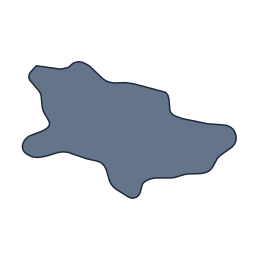 SVG path tracing the border of Al Bahah, rotated 265°
{"feature_id": "SAU-885", "entity_name": "Al Bahah", "entity_type": "Region", "adm_level": 1, "iso_a3": "SAU", "parent_name": "Saudi Arabia", "parent_adm1": "", "projection": "equal_earth", "projection_center": [41.371, 20.064], "detail": "fine", "context": "isolated", "style": "filled", "palette": "slate", "viewbox_px": 256, "rotation_deg": 265, "n_neighbors": 0, "source": "natural_earth", "source_scale": "10m", "svg_char_len": 1395}
<svg xmlns="http://www.w3.org/2000/svg" viewBox="0 0 256 256"><g transform="rotate(265 128 128)"><path d="M198.0,42.1L192.6,65.6L192.9,69.6L193.7,74.2L196.5,77.8L197.9,80.6L198.3,84.1L197.6,87.9L194.9,92.6L192.6,95.5L179.1,107.4L176.7,110.4L174.9,114.5L174.0,118.6L173.4,129.5L171.7,137.1L160.2,168.7L157.1,170.6L153.1,171.3L142.4,171.3L140.1,171.8L138.2,173.0L137.0,174.2L135.7,176.3L132.6,183.0L125.3,207.5L122.6,224.0L121.7,227.0L120.3,229.7L118.2,232.0L115.9,233.5L113.4,234.4L110.8,234.9L108.2,234.9L105.1,234.1L102.4,232.5L100.0,230.0L92.8,217.8L90.1,214.5L81.3,208.6L80.0,207.3L78.2,205.0L77.0,202.0L76.5,198.9L76.3,195.9L77.0,183.2L76.7,180.1L74.6,170.1L74.5,166.9L75.8,151.2L75.6,147.9L75.0,144.6L73.9,141.6L72.5,139.2L71.5,138.1L71.0,137.6L62.5,134.4L60.2,132.9L58.4,130.5L57.7,127.7L58.0,124.8L59.6,121.9L68.3,110.5L70.9,108.0L73.8,106.2L77.3,104.9L88.4,102.7L91.0,101.7L93.7,100.2L96.4,97.1L97.8,94.1L101.0,84.0L109.1,65.9L109.8,61.8L109.9,60.3L109.6,55.7L107.6,46.6L106.7,40.3L106.5,37.0L106.7,34.1L107.3,31.5L107.9,29.7L109.1,27.5L110.8,25.0L113.1,22.7L115.5,21.5L118.3,21.1L121.1,21.7L124.5,23.6L127.0,26.3L128.8,29.4L132.3,41.9L133.6,44.9L135.1,47.6L136.8,49.4L138.3,50.1L140.7,50.2L144.1,48.9L149.7,46.0L152.7,45.0L156.4,44.4L168.6,44.2L171.1,43.3L173.6,41.9L184.1,34.4L186.6,33.6L189.4,34.1L191.6,35.2L198.0,42.1Z" fill="#64748b" stroke="#1e293b" stroke-width="1.5"/></g></svg>